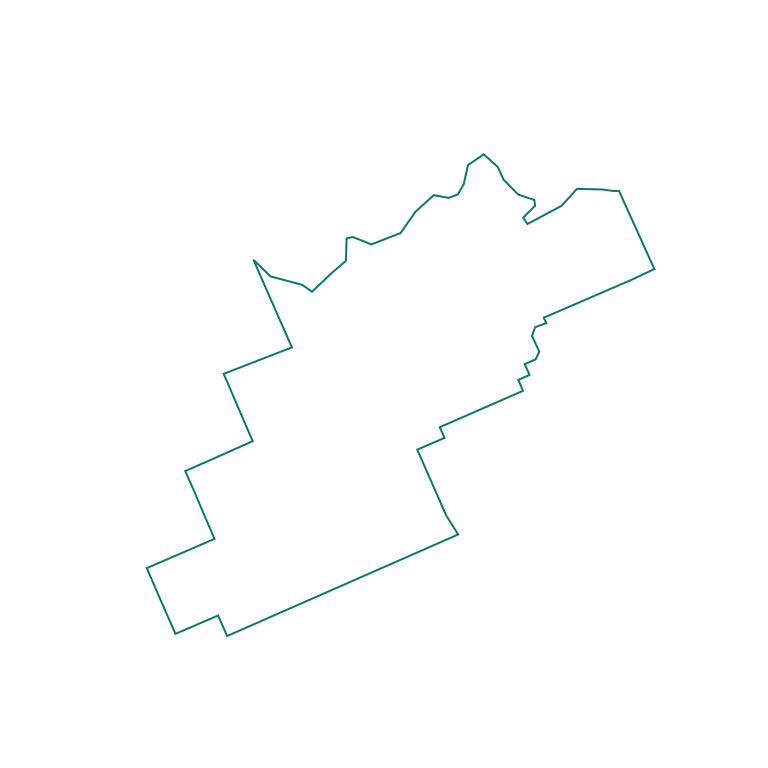 outline of Logan, Arkansas, United States of America, rotated 335°
{"feature_id": "52423323B80163147366525", "entity_name": "Logan", "entity_type": "district", "adm_level": 2, "iso_a3": "USA", "parent_name": "United States of America", "parent_adm1": "Arkansas", "projection": "robinson", "projection_center": [-93.629, 35.225], "detail": "fine", "context": "isolated", "style": "outline", "palette": "teal", "viewbox_px": 768, "rotation_deg": 335, "n_neighbors": 0, "source": "geoboundaries", "source_scale": "gbopen_adm2", "svg_char_len": 895}
<svg xmlns="http://www.w3.org/2000/svg" viewBox="0 0 768 768"><g transform="rotate(335 384 384)"><path d="M678.6,308.3L673.6,306.1L664.5,300.2L641.4,288.7L620.5,297.5L581.6,299.6L580.5,292.0L596.3,286.3L598.0,280.7L585.8,269.2L578.8,249.6L578.8,235.2L571.4,218.0L552.6,221.1L540.7,236.6L531.1,243.3L521.3,242.7L509.0,233.9L485.4,241.1L462.9,254.2L431.5,252.1L417.9,237.6L411.6,236.3L401.5,256.3L384.2,261.1L357.8,269.9L351.7,259.5L326.6,238.5L318.2,216.3L317.3,252.8L316.0,311.9L243.0,307.0L240.8,380.3L204.4,379.7L167.0,378.9L166.8,393.0L166.8,394.4L164.9,452.7L91.2,450.6L90.2,486.3L89.4,522.3L135.8,523.7L135.3,546.1L387.6,551.7L384.8,529.6L386.4,457.5L416.1,458.4L416.3,446.7L507.1,448.9L507.5,437.0L519.7,437.3L519.9,425.4L531.8,425.8L538.4,420.3L538.5,402.9L544.9,396.4L556.8,397.4L556.8,391.4L653.4,394.2L677.6,394.1L678.6,308.3Z" fill="none" stroke="#0f766e" stroke-width="2"/></g></svg>